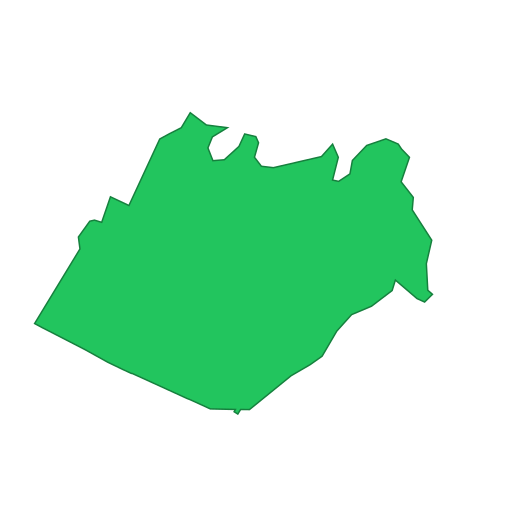 the district of Sumner, Tennessee, United States of America, rotated 203°
{"feature_id": "52423323B49369040245103", "entity_name": "Sumner", "entity_type": "district", "adm_level": 2, "iso_a3": "USA", "parent_name": "United States of America", "parent_adm1": "Tennessee", "projection": "robinson", "projection_center": [-86.465, 36.449], "detail": "fine", "context": "isolated", "style": "filled", "palette": "green", "viewbox_px": 512, "rotation_deg": 203, "n_neighbors": 0, "source": "geoboundaries", "source_scale": "gbopen_adm2", "svg_char_len": 1046}
<svg xmlns="http://www.w3.org/2000/svg" viewBox="0 0 512 512"><g transform="rotate(203 256 256)"><path d="M433.4,107.3L426.5,106.7L426.4,106.7L424.6,106.5L422.7,106.4L376.7,103.0L351.1,100.3L334.3,99.5L324.8,99.2L324.0,99.5L300.5,98.9L263.6,97.9L261.2,98.0L260.4,98.0L238.3,97.4L215.0,106.7L215.3,104.1L211.0,103.4L210.2,108.7L202.0,112.1L176.9,159.5L163.6,177.3L156.0,189.6L152.3,218.4L145.1,239.4L130.0,255.0L117.2,277.4L118.3,288.3L91.1,279.7L82.8,279.5L78.6,289.7L84.5,291.6L96.2,315.5L100.4,339.2L130.2,359.5L134.1,371.4L151.4,381.0L153.3,406.8L163.8,411.3L168.8,414.6L182.2,414.6L197.3,401.0L204.6,381.6L201.6,368.3L209.1,357.0L215.2,355.8L218.8,379.0L229.2,388.9L234.6,373.1L274.5,344.1L286.1,340.7L296.0,346.3L297.9,361.2L302.8,365.8L314.1,363.9L314.5,350.2L322.8,332.2L332.9,326.9L342.5,336.7L342.7,348.6L332.5,362.9L352.9,357.2L372.5,362.2L374.9,344.9L383.4,334.8L390.3,326.1L392.7,252.8L413.1,253.6L411.2,226.7L418.7,225.9L422.6,223.1L426.9,204.1L420.8,193.7L433.4,107.3Z" fill="#22c55e" stroke="#15803d" stroke-width="1.5"/></g></svg>